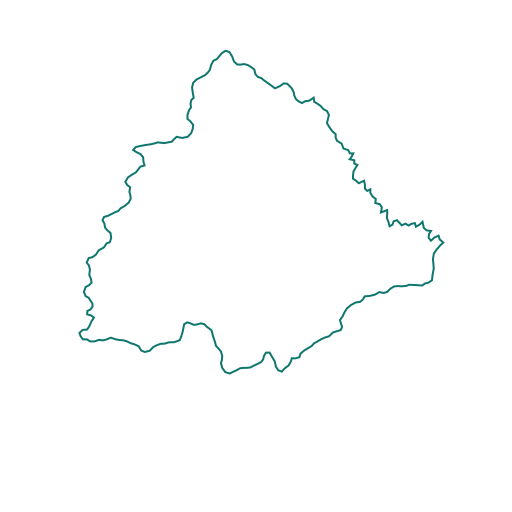 Estrela do Indaiá, Minas Gerais, Brazil (orthographic projection), rotated 123°
{"feature_id": "56859067B45497715558707", "entity_name": "Estrela do Indaiá", "entity_type": "district", "adm_level": 2, "iso_a3": "BRA", "parent_name": "Brazil", "parent_adm1": "Minas Gerais", "projection": "orthographic", "projection_center": [-45.808, -19.573], "detail": "fine", "context": "isolated", "style": "outline", "palette": "teal", "viewbox_px": 512, "rotation_deg": 123, "n_neighbors": 0, "source": "geoboundaries", "source_scale": "gbopen_adm2", "svg_char_len": 3987}
<svg xmlns="http://www.w3.org/2000/svg" viewBox="0 0 512 512"><g transform="rotate(123 256 256)"><path d="M115.4,398.1L120.5,397.6L124.9,396.1L128.3,396.3L132.0,397.2L136.1,399.6L140.6,402.1L145.0,403.0L149.5,401.4L153.9,397.6L157.3,394.4L160.2,395.2L163.7,394.0L166.9,391.4L170.0,391.6L175.0,390.3L178.3,388.2L178.9,384.1L180.3,380.0L184.2,378.2L188.3,377.3L193.2,378.2L197.2,382.2L199.3,387.5L202.8,388.4L206.1,388.9L208.8,391.9L211.2,394.3L212.7,397.2L214.2,400.3L216.7,402.3L219.7,405.2L223.0,409.0L226.6,412.8L230.0,416.1L234.0,416.8L234.0,412.6L233.4,408.4L234.6,404.5L238.4,401.6L240.8,398.8L244.0,401.6L247.1,401.9L251.4,402.3L255.1,404.2L259.8,406.2L264.9,406.0L266.6,402.7L266.9,398.9L271.2,397.1L273.7,394.2L276.6,392.1L280.8,391.9L285.3,393.3L289.9,395.6L293.3,396.0L296.0,398.0L299.4,400.0L302.7,401.9L306.0,404.7L309.6,404.2L311.3,400.9L314.4,398.0L315.4,394.7L315.9,390.6L319.7,387.3L324.0,386.1L327.0,388.2L331.6,388.2L336.9,391.0L342.1,391.0L346.2,392.6L348.8,395.2L353.7,394.4L355.0,390.9L357.8,387.9L362.7,385.5L365.2,381.8L367.9,379.4L371.5,380.1L374.8,382.0L380.0,380.7L382.4,377.0L382.2,373.6L383.6,370.5L384.8,367.5L387.3,365.6L390.9,365.6L394.0,367.5L396.9,365.8L395.7,361.9L395.9,358.4L400.4,358.4L405.8,357.5L409.7,357.6L412.4,361.1L416.7,362.2L418.8,359.4L420.2,355.8L418.0,352.3L418.0,348.7L415.5,344.8L411.9,342.1L410.3,338.7L407.9,336.3L403.6,333.3L402.3,328.4L400.7,324.4L399.0,321.5L397.9,317.8L397.4,313.7L396.3,309.9L395.6,305.3L397.8,300.6L397.0,296.9L393.3,293.5L388.4,292.6L385.0,290.7L381.5,288.1L379.2,284.8L375.9,282.1L372.9,277.7L368.1,274.1L364.3,274.8L360.0,276.1L355.7,277.7L352.4,279.1L349.1,277.5L348.2,274.3L347.6,270.6L345.6,268.2L342.6,265.6L341.3,262.2L342.1,258.9L342.5,252.9L345.9,249.2L348.2,246.4L350.7,243.3L353.1,240.7L353.9,237.5L355.1,233.5L358.2,229.9L361.7,228.0L365.0,227.0L368.2,223.4L370.1,218.6L368.9,214.1L366.0,212.4L362.4,210.1L358.7,208.1L356.6,205.5L354.6,202.5L352.4,199.9L349.1,198.1L345.8,196.0L342.3,194.0L338.7,193.7L335.4,194.9L331.6,195.0L329.6,192.0L331.6,188.1L334.1,183.0L337.9,179.1L339.7,175.1L338.9,171.4L334.5,170.7L329.9,169.0L325.6,169.3L322.3,170.3L320.4,167.2L317.2,164.5L313.7,165.5L308.7,164.0L303.9,161.6L300.9,160.2L297.7,159.8L295.0,158.3L290.8,156.3L286.6,153.6L283.5,151.0L278.4,149.9L275.0,147.2L272.0,144.6L268.5,145.2L266.5,147.8L264.0,150.7L259.3,150.5L255.5,151.1L250.6,151.2L246.0,149.9L240.8,147.2L237.6,143.6L234.2,142.7L230.7,142.9L227.6,139.0L223.7,135.2L219.1,132.9L217.6,129.0L214.8,126.4L210.3,125.5L206.3,123.6L203.9,120.6L202.2,117.5L199.4,113.9L196.8,112.0L194.9,108.8L192.3,104.3L190.3,100.6L187.0,99.3L184.5,96.9L180.5,95.2L176.2,97.4L172.9,98.8L169.9,100.0L166.4,102.6L162.3,105.9L157.0,108.2L152.0,108.0L146.9,107.3L142.7,106.3L142.0,111.0L139.5,114.0L143.5,116.5L147.9,117.6L146.6,121.3L143.1,122.9L139.7,122.9L141.6,126.9L141.0,130.6L136.6,135.0L140.2,135.7L144.4,137.8L141.9,140.7L144.3,143.1L147.4,144.7L147.4,148.2L150.9,150.5L149.2,157.2L151.9,159.5L155.4,158.6L158.3,160.2L155.6,163.1L152.7,167.1L148.8,169.1L146.1,171.0L148.7,172.9L151.4,174.9L146.6,177.0L145.1,180.5L146.6,184.8L142.9,186.6L142.7,190.4L140.7,194.6L137.8,196.4L140.8,198.1L140.2,201.3L136.9,203.5L134.0,206.4L139.0,209.4L138.4,212.7L138.3,216.8L135.6,218.5L132.0,220.3L127.9,220.5L124.4,220.5L124.9,224.0L122.2,225.7L123.8,230.1L120.4,229.9L117.0,230.3L118.8,233.1L117.0,236.3L118.2,241.2L115.1,245.4L115.3,250.8L113.3,253.7L110.5,255.5L109.7,260.3L108.1,264.4L105.9,268.9L102.1,270.2L98.1,271.6L95.8,275.3L96.1,279.4L95.0,283.3L94.8,287.4L95.0,291.1L91.8,293.9L96.7,295.9L99.3,299.0L102.7,300.7L103.1,304.5L102.6,308.1L100.6,311.3L98.2,313.4L95.9,317.4L94.5,323.6L96.1,326.7L100.3,328.4L105.0,331.3L104.8,334.8L104.5,341.0L104.3,345.2L103.9,348.6L104.8,351.7L103.9,355.4L100.5,359.0L100.2,363.4L100.3,366.8L101.5,370.5L104.0,373.3L105.6,376.0L104.9,380.3L101.7,384.6L99.4,389.4L100.5,393.3L104.4,395.1L108.4,395.6L112.3,396.1L115.4,398.1Z" fill="none" stroke="#0f766e" stroke-width="2"/></g></svg>